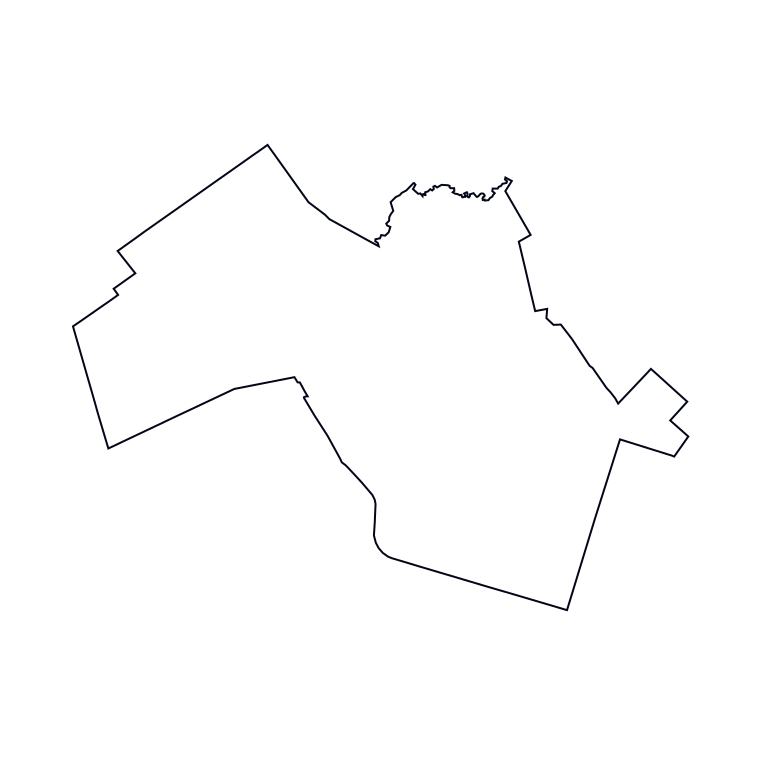 Putineiu, Teleorman, Romania, rotated 259°
{"feature_id": "2599482B88222276928350", "entity_name": "Putineiu", "entity_type": "district", "adm_level": 2, "iso_a3": "ROU", "parent_name": "Romania", "parent_adm1": "Teleorman", "projection": "orthographic", "projection_center": [24.984, 43.91], "detail": "fine", "context": "isolated", "style": "outline", "palette": "ink", "viewbox_px": 768, "rotation_deg": 259, "n_neighbors": 0, "source": "geoboundaries", "source_scale": "gbopen_adm2", "svg_char_len": 2501}
<svg xmlns="http://www.w3.org/2000/svg" viewBox="0 0 768 768"><g transform="rotate(259 384 384)"><path d="M347.9,648.9L344.4,644.1L336.3,632.8L320.1,610.1L325.9,608.2L332.8,604.7L337.6,601.7L360.0,591.8L362.6,589.3L392.3,577.1L408.6,568.9L409.7,561.7L417.6,556.0L426.6,558.5L426.7,546.3L443.4,545.6L469.3,544.7L498.0,543.5L502.1,555.6L502.4,556.4L550.2,539.9L558.9,548.2L563.5,542.6L561.6,541.8L559.6,543.4L558.0,542.6L557.9,538.4L556.1,536.6L555.7,534.3L554.1,532.9L555.1,528.0L552.7,527.1L550.2,529.1L548.6,527.0L547.3,526.1L546.3,523.4L544.5,521.6L544.9,517.9L545.8,517.9L545.8,516.1L547.5,516.1L548.8,517.2L548.9,518.3L549.8,518.8L551.8,518.0L552.4,516.3L552.3,515.1L550.3,512.4L549.9,511.2L550.0,510.7L551.5,509.8L554.2,508.3L553.8,504.6L552.2,504.2L551.6,503.8L551.0,502.9L552.1,501.6L553.0,501.7L554.5,502.3L556.3,502.1L556.4,501.6L555.7,499.0L553.0,499.9L552.2,499.4L552.4,498.3L552.2,497.2L552.5,496.4L554.9,496.1L554.9,494.3L556.4,492.5L557.3,490.0L559.1,488.0L560.2,489.9L562.8,490.2L563.5,486.8L564.6,485.9L565.9,486.2L566.9,484.7L568.5,478.5L566.8,473.6L568.8,471.8L568.3,470.1L565.9,470.1L564.8,468.2L566.4,466.6L564.7,464.0L564.3,461.0L561.6,460.7L561.8,460.0L562.9,459.6L562.8,458.2L561.1,457.7L564.1,456.0L564.2,453.8L569.8,449.6L573.6,452.9L575.5,451.9L575.5,451.2L569.7,442.8L568.2,437.9L566.4,435.5L565.2,431.1L561.2,425.2L552.2,426.1L549.4,423.1L546.9,421.1L543.2,420.1L541.0,416.8L539.0,417.3L536.9,420.2L532.0,417.5L529.4,413.4L530.7,409.7L527.8,407.9L527.7,403.2L525.8,402.7L523.7,404.8L520.2,405.1L531.8,391.1L556.3,361.8L561.4,358.4L576.8,344.6L627.2,321.6L640.9,315.3L637.8,308.5L633.5,298.8L605.6,236.7L584.5,189.7L579.3,178.1L573.7,166.1L565.4,147.9L540.1,161.0L529.1,136.8L522.2,140.0L516.6,127.7L515.4,124.9L506.6,105.0L499.9,89.7L442.8,94.7L428.4,96.0L409.1,97.6L395.8,98.9L373.3,101.1L391.9,173.7L407.7,236.1L407.8,297.4L402.1,299.5L401.6,301.7L396.3,303.4L391.8,304.8L386.5,306.7L386.7,304.9L386.3,302.9L385.1,302.9L384.2,303.3L366.2,309.8L343.7,318.8L319.0,326.7L315.2,327.6L311.2,331.1L300.6,337.8L291.3,343.5L277.3,351.4L272.2,352.8L267.8,352.8L249.8,348.5L237.2,345.2L229.7,345.7L224.0,347.4L218.4,350.6L213.8,355.0L211.6,358.3L200.0,380.4L198.6,383.0L188.7,402.0L173.9,430.4L166.8,444.0L162.8,451.7L157.0,463.0L127.2,520.3L127.1,520.5L211.6,565.4L263.6,593.7L284.6,605.1L280.0,613.6L267.3,637.1L258.8,652.9L257.4,655.0L259.4,657.1L274.4,672.7L293.6,658.0L308.8,678.3L318.5,671.0L340.9,654.2L347.9,648.9Z" fill="none" stroke="#020617" stroke-width="2"/></g></svg>